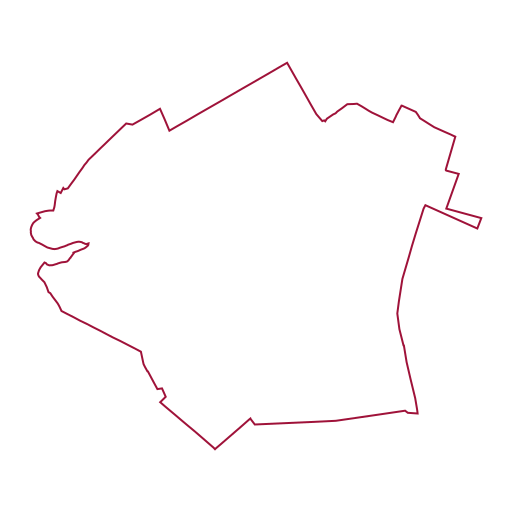 Beba Veche, Timis, Romania
{"feature_id": "2599482B62831651771343", "entity_name": "Beba Veche", "entity_type": "district", "adm_level": 2, "iso_a3": "ROU", "parent_name": "Romania", "parent_adm1": "Timis", "projection": "natural_earth1", "projection_center": [20.316, 46.114], "detail": "fine", "context": "isolated", "style": "outline", "palette": "rose", "viewbox_px": 512, "rotation_deg": 0, "n_neighbors": 0, "source": "geoboundaries", "source_scale": "gbopen_adm2", "svg_char_len": 3324}
<svg xmlns="http://www.w3.org/2000/svg" viewBox="0 0 512 512"><path d="M455.3,136.7L449.3,133.9L444.5,131.8L439.6,129.6L434.9,127.5L434.4,127.3L428.8,123.8L424.4,121.0L419.9,118.2L419.8,117.9L417.8,114.7L415.8,111.9L409.8,109.2L405.1,107.1L401.8,105.6L401.5,105.6L400.5,107.5L398.9,110.4L397.7,112.7L396.5,114.9L395.6,117.0L393.0,122.2L387.6,120.0L383.0,117.8L377.6,115.2L372.0,112.6L368.8,110.8L365.8,108.9L361.6,106.3L357.0,103.7L353.8,104.0L347.3,104.2L341.9,108.3L337.2,111.6L336.0,112.9L335.4,113.4L333.2,114.4L326.9,118.7L325.2,121.3L324.2,120.4L322.3,121.1L316.3,114.1L310.9,104.7L305.9,95.8L300.8,86.8L296.0,78.5L290.9,69.5L287.1,62.8L279.7,67.0L269.6,72.9L259.9,78.5L249.5,84.5L239.7,90.1L229.2,96.2L218.5,102.4L208.0,108.4L197.9,114.2L186.8,120.7L176.6,126.5L169.4,130.7L164.5,119.0L160.0,108.8L150.4,114.5L140.7,120.0L132.5,124.6L126.2,123.5L121.8,127.7L116.7,132.6L109.0,140.0L104.6,144.3L100.7,148.0L95.5,153.1L88.6,159.7L86.4,162.7L84.4,165.0L82.7,167.6L82.0,168.6L79.5,172.0L74.2,179.7L71.8,182.9L70.4,184.8L67.8,188.4L64.4,189.3L63.3,188.0L60.7,193.0L57.4,191.1L56.6,193.4L55.9,197.0L55.2,201.0L54.7,205.1L54.3,207.3L53.3,210.5L50.1,210.5L48.2,210.7L45.0,211.2L39.0,212.9L37.0,213.5L37.9,214.5L38.5,215.7L39.1,216.9L40.1,217.9L36.5,220.2L34.4,221.9L33.2,223.1L32.4,224.5L32.1,225.0L31.2,227.2L30.8,228.9L30.7,229.7L30.9,231.5L30.8,232.7L31.1,234.0L31.2,234.8L32.2,236.8L32.7,237.5L33.7,239.6L34.5,240.3L35.4,241.3L37.4,242.5L38.1,242.7L38.9,242.9L41.0,244.0L41.5,244.2L45.2,246.3L46.1,246.8L47.4,247.5L52.5,248.9L54.6,249.1L56.7,248.8L58.0,248.5L60.0,247.7L62.2,247.0L64.6,246.3L65.5,245.9L67.5,245.1L68.1,244.7L70.3,244.0L72.0,243.4L72.2,243.2L73.9,242.7L76.6,242.0L78.4,241.7L79.8,241.8L81.8,242.2L82.9,242.9L83.9,243.2L84.8,243.7L86.2,244.1L86.6,244.0L88.5,243.4L88.3,244.9L87.8,245.7L85.9,247.3L85.1,247.9L83.8,248.6L80.8,249.7L78.2,250.9L76.5,251.5L76.0,251.6L73.5,252.6L73.8,253.2L72.9,254.3L72.7,254.6L71.5,256.3L71.1,256.7L70.5,257.8L70.0,258.1L68.7,260.0L67.4,261.3L66.8,261.6L65.1,262.0L63.8,262.1L61.8,262.3L59.9,262.8L58.0,263.4L56.9,263.9L55.8,264.2L52.5,265.2L50.0,265.3L49.2,265.3L47.1,264.5L46.7,264.1L45.9,263.1L44.5,262.5L43.7,263.5L41.6,266.1L40.7,267.2L39.2,269.9L38.8,270.9L38.0,273.5L38.1,274.5L38.5,275.6L39.0,276.6L39.7,277.3L42.0,279.8L44.4,282.2L45.5,284.5L46.8,287.2L48.5,292.1L50.3,293.2L52.6,296.7L57.6,303.3L58.6,305.0L59.6,306.9L61.5,311.0L66.9,313.8L73.8,317.3L80.3,320.8L87.0,324.0L93.3,327.3L99.7,330.5L106.3,334.0L112.8,337.4L119.9,340.8L126.5,344.2L133.7,347.9L140.9,351.7L141.1,352.6L143.2,362.5L143.6,364.2L145.0,367.0L147.4,371.3L147.9,371.4L151.1,377.4L154.2,383.2L157.4,389.1L162.0,388.4L164.0,392.9L165.7,396.8L160.2,402.2L165.3,406.6L169.8,410.4L175.4,415.1L181.5,420.3L187.8,425.6L194.3,431.0L200.0,435.9L206.8,441.8L213.5,447.6L215.0,449.2L215.7,448.5L220.3,444.6L242.6,425.3L249.4,419.3L250.4,418.5L250.6,419.0L254.8,424.5L313.5,421.9L335.8,420.8L377.9,414.7L405.1,410.7L407.8,412.8L417.6,413.5L417.4,411.7L417.0,408.9L415.2,398.2L410.5,378.9L406.6,362.1L403.9,345.5L403.5,345.4L399.4,329.2L397.3,313.5L398.9,301.3L402.4,278.9L408.8,257.1L412.0,245.8L415.8,233.3L420.2,219.4L423.6,208.6L425.4,205.2L477.3,228.5L481.3,218.1L446.3,208.6L458.7,173.9L446.3,170.6L446.0,170.4L445.8,170.1L445.8,169.4L455.3,136.7Z" fill="none" stroke="#9f1239" stroke-width="2"/></svg>